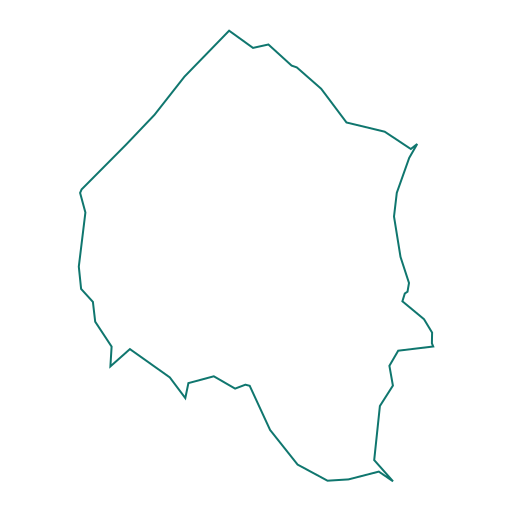 outline of Stafford, Virginia, United States of America
{"feature_id": "52423323B30629094750441", "entity_name": "Stafford", "entity_type": "district", "adm_level": 2, "iso_a3": "USA", "parent_name": "United States of America", "parent_adm1": "Virginia", "projection": "orthographic", "projection_center": [-77.434, 38.418], "detail": "fine", "context": "isolated", "style": "outline", "palette": "teal", "viewbox_px": 512, "rotation_deg": 0, "n_neighbors": 0, "source": "geoboundaries", "source_scale": "gbopen_adm2", "svg_char_len": 761}
<svg xmlns="http://www.w3.org/2000/svg" viewBox="0 0 512 512"><path d="M270.1,430.0L297.6,464.6L327.5,480.7L348.5,479.4L378.8,471.6L393.0,481.3L374.2,460.1L379.9,406.0L392.9,385.6L389.4,365.8L398.2,350.7L433.2,346.5L431.9,343.3L432.1,332.6L424.0,319.2L402.4,301.3L404.8,293.5L407.5,291.7L409.0,283.0L400.5,256.9L394.0,216.5L396.8,192.8L409.2,157.9L417.2,144.0L410.8,149.0L384.7,131.7L346.5,122.5L321.2,88.8L296.8,67.4L291.6,65.6L268.4,44.5L253.0,47.9L229.1,30.7L184.5,76.6L154.5,114.8L126.0,144.7L81.6,189.4L80.1,192.9L85.4,212.5L78.8,266.6L81.1,288.9L92.9,301.9L95.2,321.7L111.6,346.6L110.4,366.4L129.9,349.1L169.8,377.4L185.3,398.1L188.4,383.1L213.8,376.3L235.1,388.6L245.4,384.7L249.7,385.8L270.1,430.0Z" fill="none" stroke="#0f766e" stroke-width="2"/></svg>